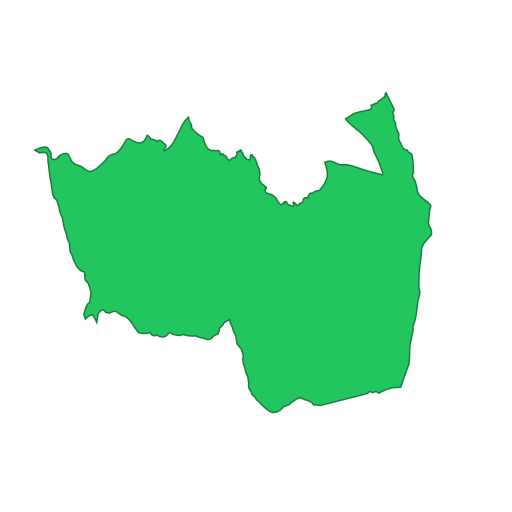 the district of Hleoheng, Leribe, Lesotho, rotated 342°
{"feature_id": "5366337B95493361127464", "entity_name": "Hleoheng", "entity_type": "district", "adm_level": 2, "iso_a3": "LSO", "parent_name": "Lesotho", "parent_adm1": "Leribe", "projection": "natural_earth1", "projection_center": [27.92, -28.954], "detail": "fine", "context": "isolated", "style": "filled", "palette": "green", "viewbox_px": 512, "rotation_deg": 342, "n_neighbors": 0, "source": "geoboundaries", "source_scale": "gbopen_adm2", "svg_char_len": 6086}
<svg xmlns="http://www.w3.org/2000/svg" viewBox="0 0 512 512"><g transform="rotate(342 256 256)"><path d="M437.8,261.8L436.2,258.1L435.4,256.9L434.8,256.4L430.2,249.1L429.7,246.8L429.5,244.4L430.2,240.3L430.5,234.9L430.0,231.7L429.5,230.5L429.7,228.0L430.0,227.1L431.7,225.0L431.8,223.4L433.2,220.3L433.5,218.3L434.8,213.2L435.6,207.1L433.0,204.3L432.6,202.1L429.4,199.7L428.6,195.8L428.5,193.3L427.9,190.6L427.9,188.3L429.2,185.2L429.6,183.5L428.8,178.2L429.0,175.2L429.6,173.6L429.8,172.6L429.2,168.7L430.4,165.0L430.3,162.4L430.6,161.8L432.3,160.1L432.6,159.1L432.1,154.3L431.4,150.7L430.1,141.0L428.9,141.7L428.9,142.9L427.6,144.1L427.5,144.5L426.5,144.7L426.0,144.5L425.3,145.1L424.9,145.1L424.1,145.8L420.5,146.5L419.9,146.9L418.9,147.9L417.5,147.8L412.1,148.2L412.0,150.2L410.8,152.0L403.0,151.5L399.1,150.9L392.9,150.8L385.7,152.8L383.5,153.2L383.8,154.3L386.3,159.2L387.4,160.8L387.7,161.9L389.3,164.1L390.9,167.1L392.5,169.1L394.7,173.0L397.7,179.4L400.3,185.6L400.7,188.2L400.5,193.9L401.9,204.5L402.0,210.5L402.3,215.8L402.2,216.5L400.8,217.7L398.8,216.2L393.8,213.2L385.5,207.7L375.6,200.2L372.8,198.5L369.6,196.8L365.8,195.8L364.3,195.2L362.6,194.0L358.1,190.0L355.7,188.6L353.4,188.1L350.5,188.1L350.1,196.8L349.3,199.9L348.5,202.1L347.8,203.4L345.7,206.1L343.7,208.2L340.7,210.5L337.6,212.5L336.8,213.3L332.7,212.8L331.0,213.1L329.0,213.8L328.4,213.9L327.8,213.2L326.1,213.4L325.3,214.3L324.1,215.1L323.4,216.6L320.4,215.8L320.1,216.2L318.8,216.3L318.6,216.5L317.5,218.8L316.9,219.4L316.4,219.6L315.3,219.4L315.1,219.6L313.1,219.9L312.6,220.5L311.8,220.9L310.7,220.5L309.5,217.9L308.2,216.3L307.7,216.9L308.0,219.7L307.8,220.1L307.3,220.4L306.9,220.4L306.3,220.2L305.5,219.2L302.9,217.6L302.0,216.2L301.8,214.3L301.4,213.6L300.8,213.3L300.0,213.3L299.7,213.6L299.5,214.8L299.1,214.8L298.4,213.9L298.1,214.5L296.9,215.0L296.2,215.2L295.6,215.0L295.2,214.5L293.5,210.9L293.3,209.3L293.4,208.0L292.8,207.3L291.8,205.1L290.9,204.4L290.8,203.9L290.2,202.8L289.4,202.0L288.6,201.7L285.7,199.5L285.1,198.7L284.6,197.7L284.8,195.9L285.9,195.2L286.4,195.3L286.9,194.5L287.0,193.8L286.3,193.1L285.0,190.7L284.3,190.1L284.0,189.3L283.5,188.8L283.2,188.0L283.4,187.2L283.3,186.4L282.7,185.8L282.8,184.1L283.3,183.6L283.8,181.5L284.6,180.4L285.4,177.9L285.6,176.2L286.0,174.7L285.2,168.9L285.5,167.0L285.3,165.2L285.4,164.4L284.8,161.8L284.4,161.1L283.8,160.7L283.6,160.0L283.9,159.0L282.6,158.2L282.1,158.4L281.7,158.9L281.4,159.6L281.4,160.5L280.9,160.8L280.5,162.1L280.0,162.6L279.5,162.6L278.6,162.2L277.0,161.1L276.3,159.0L275.8,158.8L275.1,156.8L274.9,155.7L275.3,154.4L274.7,152.9L274.6,151.0L273.8,150.6L273.7,150.3L273.3,150.4L273.0,151.2L272.7,151.4L271.0,151.0L269.7,151.4L269.4,153.6L269.0,154.4L267.9,154.8L267.5,155.2L266.8,155.7L264.1,155.6L262.9,155.9L262.2,156.5L260.7,156.7L260.1,156.3L259.6,156.2L259.0,155.4L258.5,153.4L258.6,152.4L258.2,151.4L257.8,151.4L256.7,150.7L256.2,149.9L255.9,148.5L255.5,148.3L254.0,148.6L253.4,148.5L253.2,147.6L253.8,146.1L253.6,145.1L253.1,144.3L252.2,143.8L250.9,143.9L248.7,142.6L246.3,142.1L243.6,139.4L242.8,137.4L242.1,133.9L242.0,130.9L242.3,129.8L242.2,126.8L239.7,124.0L238.4,122.2L237.4,120.4L236.4,119.0L236.2,118.3L234.9,116.1L234.4,113.3L235.2,111.7L234.9,111.1L234.9,109.9L234.4,107.2L234.5,103.1L230.9,105.0L227.5,107.6L212.9,122.3L210.4,124.2L206.6,126.3L201.1,127.8L201.1,126.8L204.0,124.2L204.5,122.7L204.3,121.7L203.5,120.7L202.7,120.1L202.3,118.6L200.8,116.8L199.3,115.8L197.1,116.7L196.3,115.0L194.6,113.6L192.3,112.7L191.1,109.0L189.8,107.6L186.2,111.3L184.6,112.3L182.7,112.7L181.2,112.7L180.0,112.4L177.3,111.0L173.8,107.8L171.4,105.1L170.4,105.0L169.1,105.1L160.2,112.4L156.5,114.4L155.0,115.0L153.5,115.1L148.8,115.0L147.1,115.4L145.5,116.3L141.6,119.0L131.1,123.7L127.3,124.5L124.8,124.5L123.3,123.9L121.8,122.5L120.5,121.1L117.7,117.0L112.4,112.8L110.8,110.5L109.9,108.6L109.1,102.6L108.7,101.4L108.0,100.2L106.3,99.6L104.6,99.2L101.4,99.6L99.5,100.1L97.7,101.3L96.4,101.9L94.7,102.1L93.7,102.0L92.2,100.9L91.7,100.2L91.6,98.3L92.8,95.3L92.7,93.4L91.6,89.8L90.9,88.3L90.0,87.6L87.1,86.7L83.4,86.5L80.1,86.9L78.7,86.8L78.0,86.5L81.9,91.1L85.4,91.4L88.8,93.6L88.8,97.3L87.5,101.4L85.3,113.1L84.6,116.0L83.7,123.1L81.7,134.4L82.0,138.3L83.7,141.1L83.8,148.4L83.2,152.8L83.2,156.3L83.7,159.6L82.6,167.1L82.4,170.0L82.4,177.2L81.9,181.3L82.5,185.1L82.0,188.9L80.6,193.9L81.3,198.4L81.3,203.8L82.5,211.0L83.7,214.0L85.4,216.5L88.1,218.6L86.7,223.1L86.1,226.1L87.9,229.8L88.1,235.4L87.8,239.8L83.7,248.6L81.1,249.6L79.1,251.6L76.5,254.8L74.2,258.3L74.3,263.3L76.5,262.1L79.7,261.1L82.5,261.5L83.4,265.4L84.0,270.0L88.0,262.0L91.5,260.0L94.4,259.9L95.7,263.3L99.2,265.1L101.9,264.6L105.4,265.1L110.3,271.4L112.9,272.9L114.4,275.1L115.8,277.6L117.6,282.2L119.0,288.0L120.7,292.7L124.6,294.8L128.9,296.0L131.6,296.0L132.8,299.2L135.0,300.6L137.7,300.6L139.2,302.7L142.5,304.3L145.3,304.3L148.1,303.2L150.1,301.8L152.9,304.9L156.3,306.9L159.2,308.1L162.4,308.1L166.1,310.6L171.4,312.7L173.6,313.1L176.5,315.4L180.4,317.9L183.9,320.4L186.6,321.0L188.8,320.4L190.8,318.9L193.6,318.5L195.6,318.5L197.8,316.0L199.3,313.1L201.9,312.2L204.8,309.8L208.3,308.6L211.6,308.5L210.9,311.1L211.4,315.7L211.4,322.0L212.2,325.6L211.4,329.4L210.9,334.0L213.5,340.7L213.1,347.1L211.6,349.9L210.7,354.6L210.8,359.6L210.3,364.2L210.9,368.3L209.7,375.1L208.3,378.5L209.4,384.2L209.6,387.2L211.4,389.8L212.1,393.1L213.7,395.1L214.8,398.1L217.2,402.4L219.2,405.6L221.3,408.2L223.9,410.3L228.2,410.7L231.7,409.9L236.3,407.7L241.3,407.8L243.3,406.6L251.0,404.4L254.8,404.5L257.2,407.2L260.6,409.4L263.8,412.3L264.8,415.5L267.9,416.4L270.9,418.0L319.8,421.2L322.0,419.7L324.7,421.9L328.2,421.9L330.7,424.5L333.5,423.8L339.7,423.2L343.3,423.4L346.0,423.7L353.1,425.5L368.4,405.4L370.6,400.1L374.3,389.6L376.5,385.4L382.4,375.3L383.5,371.5L387.3,366.4L390.5,360.8L396.0,349.0L399.5,343.4L400.6,341.2L401.3,336.0L405.0,324.7L408.9,315.5L411.4,310.6L413.8,305.2L416.0,299.7L419.2,296.1L429.6,289.8L430.6,286.2L430.6,282.9L430.0,280.6L430.4,277.3L435.5,265.7L437.4,263.1L437.8,261.8Z" fill="#22c55e" stroke="#15803d" stroke-width="1.5"/></g></svg>